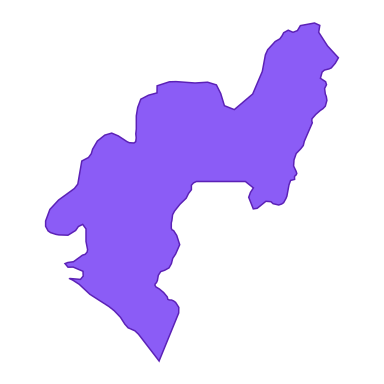 map outline of Ondo (orthographic projection)
{"feature_id": "NGA-2853", "entity_name": "Ondo", "entity_type": "State", "adm_level": 1, "iso_a3": "NGA", "parent_name": "Nigeria", "parent_adm1": "", "projection": "orthographic", "projection_center": [5.19, 6.813], "detail": "fine", "context": "isolated", "style": "filled", "palette": "violet", "viewbox_px": 384, "rotation_deg": 0, "n_neighbors": 0, "source": "natural_earth", "source_scale": "10m", "svg_char_len": 2155}
<svg xmlns="http://www.w3.org/2000/svg" viewBox="0 0 384 384"><path d="M159.1,361.0L138.5,334.2L134.9,330.8L128.1,327.8L124.9,324.2L120.4,317.2L114.3,310.8L108.9,306.5L95.8,298.1L90.0,294.4L79.2,284.3L72.5,280.0L69.7,278.7L69.9,278.5L80.4,279.4L83.2,276.1L83.0,271.3L73.2,267.1L68.0,267.2L65.0,263.6L67.8,262.5L73.5,261.7L82.4,255.2L85.2,254.3L87.1,252.1L87.6,249.7L86.0,241.5L86.0,228.9L82.7,224.4L78.4,226.5L75.6,230.5L68.0,235.2L58.9,234.9L56.0,234.4L50.5,232.6L48.1,230.9L45.6,226.3L45.6,221.0L49.9,209.4L58.6,200.0L74.4,188.5L77.8,184.1L81.8,161.0L88.5,157.5L91.3,153.7L92.6,149.2L97.4,141.0L104.8,135.1L111.7,133.1L118.3,135.9L127.1,141.7L129.3,142.7L133.9,143.0L135.7,141.7L136.2,137.9L135.8,133.8L136.3,129.1L136.3,115.8L137.7,107.4L140.8,99.2L148.5,95.2L157.0,92.9L157.1,85.8L169.4,81.8L176.0,81.6L195.1,83.0L207.6,82.2L216.4,84.9L220.7,93.5L224.4,105.7L234.3,109.6L252.7,94.0L262.3,71.5L265.4,54.8L267.7,49.7L275.2,41.5L279.9,38.8L282.0,35.9L283.7,32.7L288.2,30.2L293.0,32.3L297.4,30.6L300.4,25.6L314.5,23.0L319.8,25.4L318.7,32.3L327.5,45.9L338.4,57.8L335.3,63.2L331.3,67.9L329.1,68.9L324.4,70.1L322.1,72.1L320.4,78.3L325.6,81.7L326.5,84.7L324.6,88.5L325.3,94.0L326.3,96.5L326.9,100.4L325.3,106.2L322.9,108.7L320.1,110.6L315.8,114.4L312.0,118.7L311.8,121.0L312.3,122.8L304.3,141.3L303.3,145.5L300.9,148.6L296.2,153.5L294.0,159.9L293.6,166.0L296.1,171.3L296.8,173.5L296.0,175.1L295.3,175.5L294.5,176.7L294.6,179.4L290.6,180.4L289.0,184.8L286.9,196.1L286.0,198.4L283.6,202.7L281.7,204.0L278.7,205.0L273.1,203.7L270.9,201.7L265.9,201.3L257.2,208.3L253.3,208.9L248.7,197.3L250.5,192.3L253.4,187.9L245.4,181.5L196.4,181.5L193.5,182.9L191.4,185.2L191.4,189.7L188.5,193.5L186.2,198.2L180.0,204.2L174.6,211.0L172.6,214.7L171.9,220.4L171.3,222.9L171.3,228.4L172.1,229.9L173.6,230.6L176.7,235.4L179.7,244.7L175.6,254.0L172.7,258.4L171.4,263.6L169.0,267.9L164.6,270.3L160.7,271.6L158.3,275.3L157.4,280.5L156.4,282.7L155.2,283.9L154.9,285.2L155.9,286.9L159.4,289.0L163.7,292.6L167.3,297.0L167.8,299.3L169.5,300.0L171.5,300.0L173.7,301.0L175.6,302.4L178.8,307.4L178.7,313.0L159.2,360.7L159.1,361.0Z" fill="#8b5cf6" stroke="#5b21b6" stroke-width="1.5"/></svg>